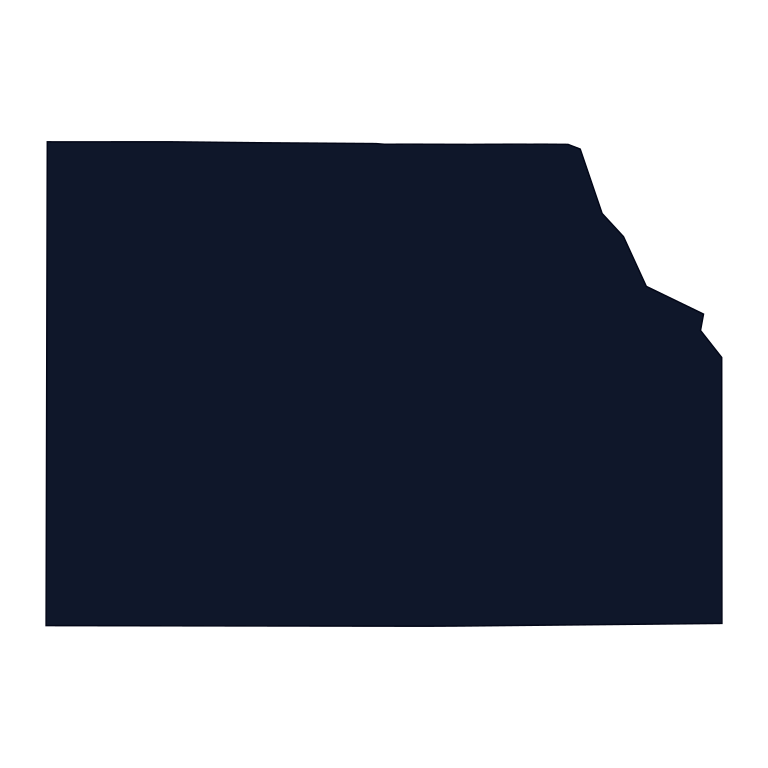 Harper, Oklahoma, United States of America (Natural Earth projection)
{"feature_id": "52423323B3736595899391", "entity_name": "Harper", "entity_type": "district", "adm_level": 2, "iso_a3": "USA", "parent_name": "United States of America", "parent_adm1": "Oklahoma", "projection": "natural_earth1", "projection_center": [-99.604, 36.797], "detail": "fine", "context": "isolated", "style": "filled", "palette": "ink", "viewbox_px": 768, "rotation_deg": 0, "n_neighbors": 0, "source": "geoboundaries", "source_scale": "gbopen_adm2", "svg_char_len": 499}
<svg xmlns="http://www.w3.org/2000/svg" viewBox="0 0 768 768"><path d="M47.3,141.8L46.1,625.6L425.7,626.2L460.3,626.0L721.9,623.4L721.7,357.5L700.5,330.5L703.5,314.1L646.3,286.4L623.5,236.7L602.1,213.5L580.2,149.1L568.0,144.4L541.2,144.2L525.9,144.3L525.9,144.2L523.8,144.2L522.4,144.2L518.1,144.2L487.1,144.3L470.9,144.4L406.8,144.2L384.6,144.3L376.0,143.6L264.9,142.8L264.3,142.8L253.7,142.7L168.5,141.8L54.3,141.9L48.5,141.8L47.3,141.8Z" fill="#0f172a" stroke="#020617" stroke-width="1.5"/></svg>